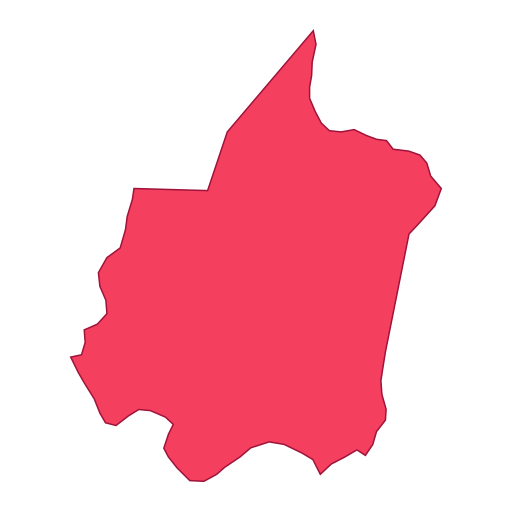 outline of Maruim, Sergipe, Brazil
{"feature_id": "56859067B1242675003526", "entity_name": "Maruim", "entity_type": "district", "adm_level": 2, "iso_a3": "BRA", "parent_name": "Brazil", "parent_adm1": "Sergipe", "projection": "mercator", "projection_center": [-37.108, -10.721], "detail": "fine", "context": "isolated", "style": "filled", "palette": "rose", "viewbox_px": 512, "rotation_deg": 0, "n_neighbors": 0, "source": "geoboundaries", "source_scale": "gbopen_adm2", "svg_char_len": 1074}
<svg xmlns="http://www.w3.org/2000/svg" viewBox="0 0 512 512"><path d="M70.7,357.1L78.4,372.7L84.6,383.4L94.3,399.0L99.9,413.1L105.5,422.8L116.0,425.5L128.6,415.8L138.8,409.5L150.3,410.6L165.4,417.1L173.3,424.4L168.5,434.1L163.8,448.2L168.5,457.1L177.0,467.8L189.8,480.6L203.9,481.3L216.7,474.3L224.8,467.2L240.1,456.9L250.8,447.8L269.2,441.9L284.1,444.4L302.1,453.1L312.9,459.6L320.3,474.3L331.3,464.0L344.7,457.1L356.9,449.9L365.4,455.4L372.8,444.4L376.5,431.6L385.4,420.2L386.1,409.3L381.9,394.4L380.9,380.7L382.8,368.3L385.4,352.0L409.0,234.0L418.3,224.1L428.0,213.4L434.9,205.8L441.3,188.5L430.7,176.1L426.8,163.1L420.0,155.1L408.8,151.1L393.1,149.2L386.5,140.6L376.5,139.3L366.4,135.5L354.2,129.6L341.0,131.9L329.4,130.7L321.3,123.1L315.3,111.7L309.6,98.3L309.6,87.1L311.6,75.7L312.2,62.1L316.0,44.4L313.3,30.7L227.3,131.9L207.6,190.6L134.0,188.5L132.4,199.3L127.2,216.5L125.5,229.6L120.2,247.9L106.9,257.6L98.4,272.7L99.9,286.4L105.9,300.3L106.9,313.7L97.4,324.1L84.2,329.9L85.2,342.4L81.5,354.8L70.7,357.1Z" fill="#f43f5e" stroke="#9f1239" stroke-width="1.5"/></svg>